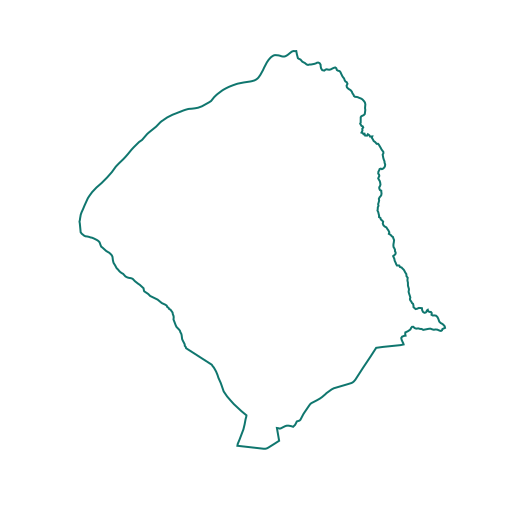 the district of Mwea, Central, Kenya, rotated 344°
{"feature_id": "3690345B50229507526225", "entity_name": "Mwea", "entity_type": "district", "adm_level": 2, "iso_a3": "KEN", "parent_name": "Kenya", "parent_adm1": "Central", "projection": "natural_earth1", "projection_center": [37.398, -0.655], "detail": "fine", "context": "isolated", "style": "outline", "palette": "teal", "viewbox_px": 512, "rotation_deg": 344, "n_neighbors": 0, "source": "geoboundaries", "source_scale": "gbopen_adm2", "svg_char_len": 6056}
<svg xmlns="http://www.w3.org/2000/svg" viewBox="0 0 512 512"><g transform="rotate(344 256 256)"><path d="M393.3,160.0L392.6,157.5L393.4,156.6L394.9,151.5L395.8,150.7L396.9,150.5L398.3,150.3L399.7,149.5L401.3,145.8L401.6,143.8L402.9,140.4L403.0,138.6L402.7,137.4L402.2,136.3L401.5,134.9L400.7,133.9L399.7,133.1L398.5,132.2L397.6,131.4L396.5,130.8L395.1,130.3L394.2,129.1L394.2,127.8L393.6,126.4L393.4,124.4L392.6,122.6L391.3,121.2L390.5,120.1L389.9,118.9L390.0,117.3L391.4,115.7L391.1,113.9L390.1,112.9L389.7,111.6L389.6,109.6L389.0,108.3L388.6,107.1L388.1,104.3L387.9,102.7L387.3,101.3L385.8,100.4L385.0,99.5L384.9,97.6L384.1,96.6L382.8,96.6L381.2,96.8L379.6,97.2L378.0,97.2L376.6,96.7L375.5,96.0L374.2,96.0L372.7,96.6L370.9,95.6L370.3,93.6L370.4,91.9L370.8,89.8L370.3,88.2L369.3,87.3L368.1,87.0L366.9,87.3L365.2,87.4L361.6,87.1L360.4,86.7L359.1,86.7L358.1,86.4L357.2,85.5L356.2,84.0L354.1,82.0L352.9,79.4L351.8,78.5L350.8,77.4L350.9,73.4L351.2,70.1L350.1,69.9L348.5,69.3L346.8,69.4L345.0,70.1L342.2,71.3L341.0,71.7L339.7,72.0L338.5,72.1L337.2,71.8L336.2,71.4L335.2,70.8L334.1,70.0L332.8,69.3L331.0,68.6L329.5,68.1L328.1,68.1L327.0,68.4L325.5,68.9L324.2,69.6L322.2,70.9L319.8,72.9L315.7,77.2L314.0,79.2L310.1,83.1L307.6,85.1L306.4,85.8L304.8,86.4L302.9,86.8L300.4,86.8L298.8,86.7L292.0,85.8L286.1,85.3L284.8,85.3L281.2,85.5L277.9,85.8L276.3,86.0L273.5,86.5L270.4,87.2L268.8,87.7L263.6,89.7L262.1,90.4L259.5,91.8L255.6,94.6L253.4,95.3L245.3,97.2L241.2,97.5L238.0,97.2L234.8,96.7L232.1,96.1L230.8,96.0L228.6,96.0L226.4,96.1L214.7,97.2L208.9,98.3L202.2,100.5L200.7,101.2L195.7,104.1L189.3,106.8L186.7,107.9L184.9,108.8L178.5,113.0L175.0,114.2L168.4,117.8L165.6,119.5L161.0,122.7L157.9,124.7L155.4,126.2L149.9,129.1L147.3,130.6L145.8,131.5L140.6,135.6L134.5,139.5L127.7,143.3L121.5,146.2L116.1,149.4L112.5,152.2L110.3,154.1L105.0,160.3L102.7,163.2L100.3,166.0L98.9,168.0L97.2,171.5L96.7,172.7L95.8,174.3L95.6,176.2L94.4,182.7L94.0,184.8L94.6,186.5L95.6,187.9L96.5,189.2L97.6,190.1L98.9,190.6L100.6,191.5L102.0,192.5L103.4,193.2L104.9,194.4L107.4,196.7L108.6,198.1L109.4,199.7L109.6,202.9L109.8,204.4L110.6,205.4L113.4,209.9L114.7,211.3L115.8,212.4L116.9,214.2L117.6,215.7L117.8,217.3L117.3,220.5L117.2,222.1L117.2,223.4L118.0,226.2L118.3,227.6L118.7,229.4L119.6,230.9L120.3,232.6L121.1,234.0L122.1,235.3L123.4,236.6L124.1,238.1L124.9,239.7L126.5,241.2L128.0,242.1L129.4,242.7L130.5,243.4L131.3,244.2L131.9,245.4L132.7,246.9L135.1,250.2L136.3,251.6L138.2,254.7L139.0,256.0L138.8,257.8L138.8,259.1L142.0,262.9L143.2,265.2L149.4,270.8L152.5,275.3L155.4,277.8L156.5,279.1L156.6,280.5L157.6,281.6L157.9,283.0L159.0,284.0L160.2,287.3L160.0,289.1L160.2,290.8L160.0,292.2L159.2,294.3L159.4,296.5L159.7,300.2L160.0,302.2L161.8,305.6L162.3,307.0L162.3,308.6L162.7,309.9L162.7,311.5L162.1,315.5L162.3,317.1L162.7,319.0L163.1,321.2L162.8,322.7L163.4,324.1L163.4,325.4L183.5,348.3L184.0,350.0L184.7,351.5L185.2,353.5L185.8,356.1L186.2,359.7L186.3,362.7L187.1,368.3L187.3,371.5L187.6,377.3L188.0,378.5L189.5,383.0L191.8,388.0L193.9,392.3L199.2,401.1L202.9,406.5L202.4,407.7L201.0,410.0L198.6,414.8L196.1,419.2L189.6,427.9L186.7,431.5L185.8,433.3L210.5,443.5L212.1,443.9L213.5,443.9L215.0,443.6L222.3,441.5L227.3,440.0L228.7,427.1L230.2,427.8L231.3,428.5L232.5,428.5L235.5,427.9L237.3,427.6L239.0,427.6L240.6,428.1L241.6,428.6L243.0,429.3L244.6,430.4L247.0,429.1L248.2,427.9L249.6,426.3L252.4,426.2L253.5,425.7L258.0,421.0L259.5,419.7L266.0,414.3L267.5,413.2L268.7,412.7L274.7,411.5L278.0,410.7L280.6,409.8L284.8,407.9L285.8,407.3L291.9,405.1L294.3,404.6L308.5,404.5L312.9,404.4L314.2,404.1L315.4,403.6L317.4,402.3L327.9,393.1L338.3,384.3L346.2,377.4L353.1,378.4L370.3,381.5L373.5,381.7L373.5,380.4L373.2,378.9L372.9,376.8L373.0,374.9L374.2,373.8L376.4,373.6L377.8,373.8L377.9,372.2L378.5,370.6L380.0,370.4L381.6,370.1L384.1,369.2L385.2,368.0L386.4,367.1L387.7,367.4L388.6,369.0L390.0,370.0L392.0,370.3L393.6,371.3L395.1,371.8L396.4,373.1L402.0,373.6L403.6,373.9L405.2,375.1L406.6,375.9L408.3,376.1L409.9,376.7L412.0,378.4L413.1,379.0L414.3,378.7L415.1,377.6L417.9,377.2L418.0,375.5L417.1,373.6L416.2,372.4L415.1,371.4L414.1,369.6L413.9,366.3L413.5,364.5L412.6,363.0L411.2,362.3L409.5,361.9L408.5,360.9L409.2,359.3L408.7,358.0L407.2,357.5L406.3,356.4L406.3,355.1L405.2,355.5L404.5,356.6L403.5,357.1L402.2,357.0L401.1,355.7L400.8,353.8L401.1,351.9L399.7,351.3L398.2,350.8L396.5,351.1L394.8,351.0L393.3,348.6L393.7,347.1L393.8,345.3L393.0,344.2L392.7,342.6L392.1,341.1L392.1,339.8L392.9,338.5L392.9,336.8L392.8,334.6L392.8,332.5L393.5,331.0L393.9,329.9L393.9,328.2L393.9,326.4L394.7,323.4L394.8,321.4L395.2,320.2L395.8,318.7L395.1,316.9L395.5,314.8L394.9,312.9L394.6,311.3L394.2,309.8L393.4,308.5L392.8,307.2L391.3,306.2L391.1,304.7L390.1,304.3L388.9,304.0L388.5,302.6L388.4,301.1L388.0,298.7L388.2,296.9L387.8,293.9L389.9,293.0L390.8,292.3L391.2,291.0L390.9,289.7L391.3,288.3L391.1,286.7L390.7,285.4L390.9,284.0L391.4,282.5L392.2,280.9L393.1,278.8L392.9,276.9L392.9,275.5L392.0,274.5L391.5,273.3L390.8,272.3L389.8,271.3L390.7,269.9L390.3,267.8L389.8,266.5L389.2,264.4L387.9,263.2L387.0,261.7L386.8,259.8L387.7,258.0L386.9,256.5L386.1,255.3L386.1,253.7L385.0,252.5L385.5,250.9L385.5,249.4L385.6,247.5L385.3,245.8L385.9,244.6L386.5,242.8L387.6,241.5L387.7,239.8L388.7,238.3L389.7,236.5L389.8,235.0L390.9,233.7L392.3,232.8L393.2,232.0L393.9,230.5L394.1,229.1L394.4,227.7L393.4,226.9L393.1,225.3L393.4,223.9L394.5,222.9L395.3,221.7L395.6,219.6L395.6,217.9L395.1,216.3L394.9,215.0L396.6,213.0L396.7,211.7L396.2,210.5L396.9,208.7L398.0,207.6L398.8,206.5L400.1,206.4L400.9,207.2L402.0,207.1L403.7,206.3L404.8,205.1L405.4,203.6L405.3,201.8L405.6,200.4L405.4,198.6L405.4,196.7L405.7,193.5L406.8,192.3L407.1,191.0L406.0,188.1L405.8,186.9L405.1,184.2L404.8,183.0L404.3,181.8L402.9,181.4L402.0,179.4L400.8,177.9L400.5,176.2L399.9,174.3L400.7,173.1L399.6,172.9L398.5,172.6L398.2,171.2L397.1,169.8L396.0,170.9L394.1,170.3L394.0,168.4L392.9,168.6L392.5,167.3L391.4,166.5L392.9,164.8L393.2,163.0L394.5,162.0L394.3,160.8L393.3,160.0Z" fill="none" stroke="#0f766e" stroke-width="2"/></g></svg>